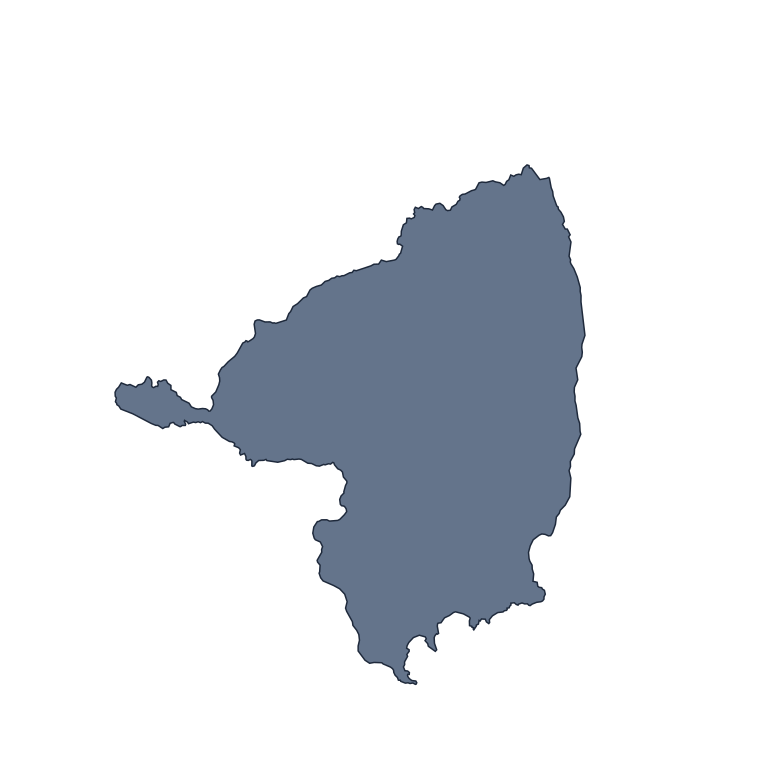 outline of Santa Cruz, Guanacaste, Costa Rica, rotated 206°
{"feature_id": "36466004B7119067190129", "entity_name": "Santa Cruz", "entity_type": "district", "adm_level": 2, "iso_a3": "CRI", "parent_name": "Costa Rica", "parent_adm1": "Guanacaste", "projection": "orthographic", "projection_center": [-85.683, 10.236], "detail": "fine", "context": "isolated", "style": "filled", "palette": "slate", "viewbox_px": 768, "rotation_deg": 206, "n_neighbors": 0, "source": "geoboundaries", "source_scale": "gbopen_adm2", "svg_char_len": 6171}
<svg xmlns="http://www.w3.org/2000/svg" viewBox="0 0 768 768"><g transform="rotate(206 384 384)"><path d="M617.6,250.3L615.8,249.4L615.0,248.3L612.7,248.0L609.6,246.1L596.8,247.1L575.9,246.5L571.1,246.8L568.9,247.7L563.3,247.0L562.0,249.1L558.8,251.1L559.0,254.9L557.0,256.8L556.2,257.2L554.5,256.3L548.9,256.2L548.1,256.6L547.3,258.2L544.4,259.7L544.7,261.0L547.1,262.8L547.3,263.9L543.9,263.6L542.3,262.6L538.6,266.2L536.3,266.8L534.5,268.6L532.0,268.8L530.6,270.7L527.5,270.5L524.8,271.7L520.2,271.2L516.4,269.1L506.0,265.1L497.8,264.6L495.1,265.4L492.8,265.3L491.9,264.8L491.6,262.7L486.7,263.0L484.3,262.0L483.5,258.6L481.8,257.3L478.9,260.4L476.3,258.3L475.1,255.9L474.2,255.3L472.5,255.8L471.1,257.6L469.7,257.4L468.9,256.7L466.9,252.4L465.9,252.4L464.6,253.7L464.5,257.0L463.1,260.3L458.6,262.7L457.0,264.5L455.7,263.8L445.2,267.1L439.7,271.5L437.9,274.0L434.8,275.1L433.4,276.4L431.8,276.6L427.5,279.3L425.2,280.0L417.8,279.4L414.2,280.8L409.1,280.8L406.0,281.9L402.9,285.3L401.5,285.5L398.9,288.0L396.9,288.6L395.7,291.1L394.5,291.1L393.1,289.7L388.4,287.5L385.3,287.6L382.8,286.7L379.7,282.6L374.8,280.4L374.0,278.8L374.1,276.0L372.9,269.6L372.2,268.5L373.5,264.6L373.2,260.8L370.5,256.7L368.8,256.0L366.5,256.7L364.9,256.2L363.2,255.1L361.6,252.9L362.3,249.1L364.4,242.9L365.8,241.1L372.9,236.9L375.8,236.9L380.6,234.5L382.3,232.0L383.6,231.1L384.4,224.7L382.6,218.7L379.2,214.9L377.4,213.9L372.0,214.1L367.9,210.9L367.5,207.8L366.2,205.5L366.8,196.2L365.6,194.8L362.0,193.1L359.5,187.0L359.4,185.5L355.9,182.0L352.4,180.3L341.0,180.8L334.1,180.5L327.2,177.9L321.7,172.2L320.3,165.7L317.9,163.3L308.2,156.5L306.1,153.4L300.6,150.7L296.8,147.8L293.7,142.9L292.4,137.2L290.2,132.7L280.0,127.4L274.5,126.7L270.8,129.4L263.8,132.5L262.1,132.0L254.1,132.4L251.6,131.9L250.0,131.0L248.7,129.0L246.3,127.1L243.3,126.1L241.2,124.1L239.4,124.9L238.6,124.1L233.7,124.5L231.4,126.0L229.3,126.2L227.0,127.9L224.1,127.8L223.5,128.4L223.6,129.9L225.2,131.0L229.0,129.7L232.2,130.3L234.5,131.6L235.2,132.6L235.4,133.4L234.0,134.0L234.7,135.8L236.9,136.4L239.5,135.5L242.5,138.2L242.4,140.8L243.7,143.2L243.4,149.6L244.9,150.9L244.2,154.8L245.0,156.2L247.8,156.4L248.5,158.9L248.4,162.5L246.4,169.0L242.1,173.7L236.0,174.8L234.3,173.5L234.6,171.3L230.9,169.8L229.2,167.7L220.7,166.2L220.1,168.2L225.0,173.1L227.7,178.0L227.9,180.1L227.3,182.5L226.4,182.5L225.6,183.7L230.0,189.8L230.7,192.0L230.6,192.7L228.1,194.4L227.1,200.4L223.7,204.6L221.3,209.2L219.8,210.6L211.9,212.2L205.2,211.9L203.9,211.3L203.4,208.5L201.2,204.3L198.8,204.7L198.3,203.9L196.7,204.2L196.3,202.8L195.5,202.4L194.9,206.8L195.3,207.8L193.9,209.6L194.9,213.2L193.7,213.1L193.4,215.5L189.9,217.0L187.7,215.1L184.8,214.6L184.5,215.9L186.0,218.4L184.9,223.2L181.6,228.4L177.1,231.3L176.4,233.0L174.6,234.3L174.5,235.5L175.2,236.4L173.4,237.7L173.6,239.4L173.0,241.0L173.9,242.6L171.0,244.5L168.5,243.8L166.6,244.0L166.7,244.9L164.0,247.7L161.2,248.0L158.7,249.3L156.8,248.6L155.5,248.9L154.3,251.2L151.1,254.7L147.5,257.1L146.4,258.5L145.9,260.7L146.9,262.9L146.9,265.8L149.4,268.9L151.7,269.1L153.0,270.1L155.4,269.3L157.1,269.6L159.4,272.9L163.6,272.0L166.2,278.9L169.6,282.6L171.5,286.1L175.3,288.7L177.1,290.7L180.3,296.0L181.6,302.6L181.6,309.4L178.3,316.1L176.4,318.4L173.2,319.5L169.6,319.6L167.7,320.8L167.3,324.3L168.4,333.0L170.8,340.0L169.8,344.4L170.2,347.9L168.0,354.6L167.6,364.1L174.8,381.3L179.7,387.3L180.2,391.6L182.6,396.1L182.3,404.5L184.3,409.2L185.1,425.1L187.0,427.4L190.9,434.4L194.9,438.5L202.0,449.1L204.9,452.4L207.0,456.8L209.6,460.3L211.4,464.5L211.7,472.7L218.4,482.5L218.2,495.3L219.7,499.5L222.3,503.5L223.5,506.6L224.7,515.8L242.9,544.1L245.7,549.9L248.3,553.3L249.9,556.7L257.2,564.9L263.9,570.9L268.9,574.1L270.1,575.4L270.7,577.4L273.7,580.0L278.2,593.6L282.6,597.2L282.1,599.7L287.2,603.6L289.0,602.7L293.5,605.7L293.2,609.2L296.0,612.9L300.3,616.0L303.9,617.6L305.2,619.5L306.7,619.7L314.4,627.2L316.8,631.0L319.7,633.6L325.5,641.4L326.4,641.9L328.0,640.1L333.5,636.1L346.0,642.6L348.1,642.0L349.4,643.9L351.5,643.6L353.4,639.1L352.4,632.3L354.9,631.6L357.0,629.9L358.3,627.6L361.7,627.4L361.3,622.3L362.6,619.9L362.6,616.5L363.4,615.0L368.1,615.7L372.6,614.5L375.2,614.4L380.6,609.9L384.5,608.4L386.8,606.5L387.0,599.4L387.5,598.4L390.1,596.1L394.4,590.3L396.7,588.8L398.1,586.4L398.2,584.9L396.9,584.0L396.5,582.3L397.6,580.7L397.8,577.1L400.6,572.9L400.5,569.3L402.9,567.7L404.7,567.7L409.1,570.3L413.0,570.9L416.1,568.5L416.7,566.5L416.7,561.6L420.5,561.1L425.3,559.1L426.6,559.8L428.3,559.8L430.0,556.8L433.3,556.6L433.4,554.0L431.5,551.4L432.0,549.8L430.1,549.0L429.8,547.0L431.9,544.4L433.7,544.3L436.0,542.9L434.5,538.7L436.4,535.6L435.4,528.9L433.8,525.3L433.8,524.1L435.1,522.7L435.2,520.3L434.7,517.9L433.4,515.9L432.0,515.9L431.1,516.6L427.7,516.0L426.4,508.7L427.1,507.3L426.9,505.8L427.8,501.3L428.9,500.0L435.6,495.0L440.7,494.2L441.4,489.4L445.6,487.2L447.5,484.5L458.5,473.7L461.0,473.0L461.5,470.3L463.6,468.9L467.5,463.8L469.2,462.9L470.8,461.1L473.6,460.4L474.9,457.8L477.4,456.1L479.1,452.9L481.9,450.4L483.7,445.5L487.5,442.1L490.5,438.6L491.7,436.1L491.9,428.6L494.2,426.0L496.9,418.3L499.7,413.8L499.7,408.2L500.4,405.5L499.8,398.7L507.8,391.1L509.7,390.8L510.5,390.0L513.6,389.9L518.1,387.6L524.1,387.0L526.0,386.0L527.5,384.1L526.9,380.8L521.6,373.0L521.1,369.4L521.6,367.4L524.3,362.8L525.2,362.1L526.0,362.6L527.1,362.4L527.4,360.8L528.9,358.9L529.5,347.4L530.3,343.4L533.7,335.9L535.6,329.6L536.8,327.8L537.2,324.9L537.2,320.3L534.6,317.6L532.9,314.6L532.1,310.8L531.7,303.1L533.6,297.4L533.0,296.2L530.4,294.3L528.1,290.6L527.8,286.0L528.5,283.4L529.5,282.8L531.2,283.5L533.5,283.5L536.4,282.4L540.0,280.0L542.6,279.2L547.1,279.0L550.8,281.3L559.1,281.3L561.1,282.8L564.8,282.9L567.0,285.4L573.0,285.5L574.9,289.3L578.7,289.9L581.7,292.0L583.7,291.1L585.8,288.4L587.8,288.2L588.4,286.3L586.7,284.6L586.4,282.6L588.0,282.0L589.4,279.8L590.9,279.7L592.0,280.4L593.1,283.2L594.7,285.5L598.0,286.9L599.5,286.9L600.1,286.2L600.1,280.6L601.6,277.6L604.5,275.6L605.6,272.3L612.1,272.2L614.2,270.3L620.6,269.8L621.1,264.8L622.1,262.0L622.1,258.7L620.2,255.2L618.4,254.1L617.6,250.3Z" fill="#64748b" stroke="#1e293b" stroke-width="1.5"/></g></svg>